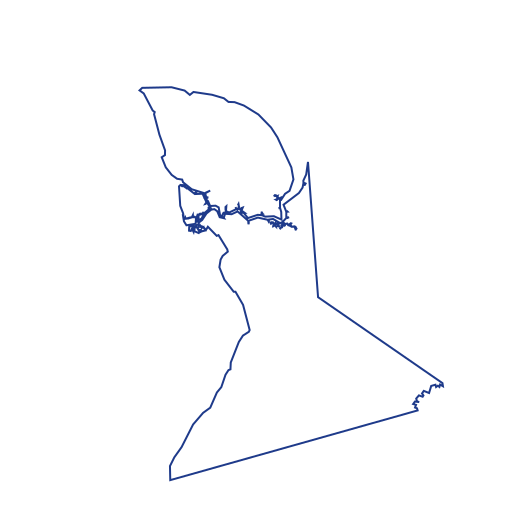 outline of Merauke, Papua, Indonesia, rotated 74°
{"feature_id": "22746128B65756496772256", "entity_name": "Merauke", "entity_type": "district", "adm_level": 2, "iso_a3": "IDN", "parent_name": "Indonesia", "parent_adm1": "Papua", "projection": "albers", "projection_center": [139.088, -7.869], "detail": "fine", "context": "isolated", "style": "outline", "palette": "blue", "viewbox_px": 512, "rotation_deg": 74, "n_neighbors": 0, "source": "geoboundaries", "source_scale": "gbopen_adm2", "svg_char_len": 6049}
<svg xmlns="http://www.w3.org/2000/svg" viewBox="0 0 512 512"><g transform="rotate(74 256 256)"><path d="M429.6,111.8L312.7,207.7L179.9,180.1L191.5,185.3L196.6,189.7L198.6,190.2L199.9,188.4L200.1,188.4L200.7,189.1L201.0,189.7L201.1,189.4L201.4,188.8L201.1,189.7L201.0,189.8L200.0,188.5L198.8,190.2L203.1,192.4L207.3,197.4L214.3,215.4L221.8,214.7L221.6,213.7L222.1,213.4L221.9,214.7L227.8,216.4L227.4,215.6L227.6,214.5L227.7,214.4L228.2,214.4L228.4,214.6L228.5,214.4L227.7,216.2L230.5,220.9L233.2,219.3L233.4,217.0L235.1,216.3L234.1,213.5L234.4,213.1L235.7,214.7L236.1,214.1L237.8,213.5L238.0,211.0L238.8,210.0L241.6,209.4L240.4,210.3L242.4,210.6L238.4,210.9L237.8,213.6L236.2,215.2L234.8,214.6L235.3,216.5L233.4,217.4L233.3,220.0L234.2,220.5L234.3,219.8L234.5,219.8L234.5,220.1L234.4,219.8L234.5,221.1L233.3,222.3L235.6,223.1L235.7,224.5L236.4,225.1L236.6,225.8L235.7,224.6L235.5,223.1L233.6,223.2L233.2,222.2L233.2,221.8L234.4,220.8L233.4,220.2L233.1,219.7L230.9,221.0L230.9,221.7L231.9,222.2L232.1,222.5L230.9,221.8L230.6,221.3L231.6,226.3L233.0,226.4L233.4,225.7L234.0,225.6L233.0,227.8L232.9,226.5L230.6,226.9L231.2,230.0L231.3,229.4L231.5,229.2L232.6,229.0L232.8,229.0L230.8,230.2L231.9,230.8L232.2,231.2L232.2,231.3L229.6,230.0L228.9,230.5L228.4,230.6L229.1,232.7L228.6,232.8L228.6,232.5L227.9,232.4L227.7,232.1L228.3,230.5L229.7,229.9L231.0,229.9L229.6,228.3L230.4,228.2L230.3,226.9L231.2,226.1L230.1,224.6L225.1,229.4L224.4,234.6L225.8,234.0L226.2,234.3L226.5,234.2L226.6,234.3L224.4,234.8L219.6,243.6L220.1,253.6L222.2,253.8L223.4,254.5L220.0,253.8L208.1,261.4L209.1,267.9L206.9,274.1L209.6,275.9L209.7,277.6L209.8,277.2L209.8,276.9L209.9,276.7L210.4,276.7L210.6,276.4L210.9,276.3L208.7,280.2L202.3,280.9L199.5,283.1L199.1,286.2L201.5,291.9L206.6,297.9L208.0,301.6L210.2,302.5L210.7,302.4L211.2,301.4L212.3,300.4L213.6,300.3L212.1,299.0L213.8,299.9L213.7,298.7L214.1,298.9L214.2,298.6L214.6,298.1L217.2,296.9L214.6,294.2L225.8,288.2L225.6,286.3L241.7,281.8L244.0,281.9L246.7,288.0L249.7,291.0L256.7,294.3L270.1,292.9L284.2,287.3L284.7,285.6L299.4,281.9L325.4,282.5L326.9,283.8L328.9,290.5L333.9,296.2L351.4,309.6L357.9,311.8L358.1,313.9L361.7,318.0L372.5,325.5L376.4,331.2L389.2,341.8L392.2,350.1L400.6,362.9L419.2,380.2L427.0,390.0L434.2,396.6L447.8,400.2L449.0,143.2L446.8,143.2L445.5,144.9L443.2,143.2L441.6,145.7L439.7,143.3L441.4,139.4L440.1,141.3L437.2,141.3L434.9,137.8L437.2,134.6L436.2,133.5L433.9,134.3L431.9,131.9L435.4,127.4L429.2,123.4L429.2,119.0L431.6,119.0L430.8,116.9L432.4,115.8L430.3,114.5L432.7,112.2L429.6,111.8ZM180.6,197.6L147.8,202.7L136.6,206.1L120.6,214.7L108.0,226.2L102.2,234.2L100.3,240.0L95.5,243.4L88.9,253.8L81.1,270.9L82.9,275.2L77.3,279.0L70.5,290.7L63.0,319.0L64.7,322.3L68.8,319.1L87.7,315.2L89.7,313.7L91.6,314.9L112.7,315.4L129.4,314.3L133.9,315.7L135.1,319.4L145.9,318.3L154.8,314.7L160.0,310.6L162.2,305.9L165.0,305.8L174.1,299.4L181.8,287.7L181.3,287.0L180.5,282.0L181.7,287.5L185.8,287.7L185.7,287.4L186.3,286.4L186.6,286.5L186.5,286.4L186.6,286.5L185.7,287.5L187.9,288.3L190.0,287.0L195.3,286.3L196.5,281.0L199.0,278.5L208.0,279.4L208.0,277.7L205.5,275.3L205.7,272.1L204.6,272.6L203.0,272.5L200.5,271.8L200.0,270.8L204.6,272.5L206.8,269.8L205.5,262.1L203.3,262.1L205.5,262.0L206.1,258.8L205.6,259.1L205.8,260.0L205.6,260.1L204.5,259.4L204.0,258.8L203.6,258.9L202.4,258.6L201.6,258.9L201.2,258.5L204.0,258.8L205.7,260.0L205.5,259.4L205.8,258.6L206.1,258.6L206.3,259.2L207.6,257.4L208.1,257.3L206.7,257.2L205.9,256.6L205.8,255.4L208.1,257.2L208.1,257.4L207.9,257.6L207.5,257.5L207.7,257.9L211.5,254.9L211.3,255.9L217.3,253.3L216.9,243.0L218.5,238.9L217.6,239.4L217.5,238.3L216.9,239.0L216.6,238.9L216.7,238.2L216.5,238.6L215.7,238.5L215.7,238.4L216.7,238.1L216.8,238.5L216.6,238.8L217.5,238.3L218.6,238.8L220.7,236.3L222.7,227.8L228.0,221.5L220.6,219.6L216.5,219.6L216.3,221.2L216.3,219.6L207.6,217.2L206.8,216.0L207.2,218.5L206.3,219.5L206.9,219.5L207.2,219.9L207.3,221.1L207.6,220.7L207.9,220.7L207.9,220.9L207.3,221.1L206.8,219.5L206.3,219.6L205.2,219.4L204.4,218.8L204.5,219.3L203.6,219.7L203.7,220.4L203.5,220.6L202.9,220.7L202.7,221.0L203.4,222.2L203.4,222.4L202.7,221.0L202.9,220.6L203.6,220.5L203.5,219.8L204.3,218.8L207.1,218.6L206.7,215.9L209.5,217.0L204.2,210.9L202.6,205.8L192.7,198.9L180.6,197.6ZM196.5,288.2L196.9,286.5L191.8,288.2L191.0,289.1L191.4,289.2L192.0,290.1L192.0,290.4L190.9,289.1L190.9,288.8L181.4,290.2L179.6,297.7L170.8,304.1L170.8,304.5L170.7,304.9L169.0,306.2L168.6,307.7L167.0,309.0L167.8,310.8L186.9,315.0L194.9,314.3L199.7,314.9L199.8,313.6L200.9,312.4L200.7,311.7L201.2,310.9L200.8,310.4L200.8,308.5L201.2,307.1L199.3,305.4L201.1,305.8L201.4,305.6L201.3,305.3L201.2,304.8L201.2,304.6L201.4,304.1L202.1,303.6L203.2,303.3L200.3,300.7L200.3,295.0L198.9,294.5L200.3,294.9L200.4,293.5L197.8,287.8L197.0,288.2L196.5,288.3L196.6,288.7L196.4,289.1L196.5,288.2ZM208.4,305.2L203.3,303.3L201.3,304.4L201.4,305.6L200.7,306.2L201.2,307.1L201.2,311.0L200.7,313.9L199.9,313.7L200.5,314.4L199.7,315.0L195.6,314.9L202.8,315.7L207.3,314.4L208.4,305.2ZM217.5,297.7L214.7,298.2L213.6,300.4L211.9,301.0L212.7,301.4L212.6,301.6L211.8,301.1L210.5,302.6L209.5,302.6L210.4,305.5L212.4,304.8L212.3,303.7L212.4,302.7L212.4,304.7L215.7,303.7L215.5,302.4L216.1,301.7L216.6,301.3L217.4,300.9L217.5,297.7ZM216.9,303.7L212.8,304.7L210.7,306.6L215.1,308.5L218.1,304.8L216.9,303.7ZM200.8,300.0L205.6,301.3L205.1,298.1L201.0,294.2L200.8,300.0ZM214.0,311.8L209.6,308.0L209.0,308.5L209.6,312.2L213.2,313.4L214.0,311.8ZM205.8,301.6L201.6,301.7L204.9,303.9L206.7,303.0L205.8,301.6ZM170.4,305.0L168.3,305.0L167.2,308.2L168.5,307.8L169.0,306.0L170.4,305.0ZM215.6,309.4L210.3,306.9L210.1,307.1L212.6,310.0L215.6,309.4ZM217.7,303.3L217.3,301.0L215.6,302.4L215.8,303.8L217.7,303.3ZM184.9,289.5L184.6,288.4L183.0,288.5L183.7,289.2L184.9,289.5ZM208.5,258.7L210.9,257.5L211.4,257.1L209.4,257.6L208.5,258.7ZM177.4,296.9L179.0,296.5L178.8,296.0L177.4,296.9ZM200.9,301.1L201.9,301.3L200.6,300.2L200.9,301.1ZM188.9,288.3L190.2,287.6L190.4,287.4L188.9,288.3Z" fill="none" stroke="#1e3a8a" stroke-width="2"/></g></svg>